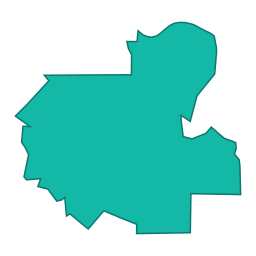 Severiano de Almeida, Rio Grande do Sul, Brazil (Albers equal-area conic projection)
{"feature_id": "56859067B97276934457423", "entity_name": "Severiano de Almeida", "entity_type": "district", "adm_level": 2, "iso_a3": "BRA", "parent_name": "Brazil", "parent_adm1": "Rio Grande do Sul", "projection": "albers", "projection_center": [-52.105, -27.41], "detail": "fine", "context": "isolated", "style": "filled", "palette": "teal", "viewbox_px": 256, "rotation_deg": 0, "n_neighbors": 0, "source": "geoboundaries", "source_scale": "gbopen_adm2", "svg_char_len": 920}
<svg xmlns="http://www.w3.org/2000/svg" viewBox="0 0 256 256"><path d="M138.0,30.7L137.1,41.6L126.9,41.5L128.5,48.8L131.6,54.6L131.4,74.8L81.9,75.0L44.3,75.3L48.9,80.7L26.9,104.6L15.4,116.1L30.0,126.6L23.0,126.2L21.6,142.2L25.3,147.7L28.6,154.7L24.0,176.8L26.5,179.8L40.7,178.7L37.9,186.5L47.9,189.1L56.8,201.1L61.5,200.0L64.8,197.5L66.5,216.0L70.0,213.9L88.2,229.0L103.8,210.8L121.7,218.3L136.7,224.3L136.6,233.6L190.3,232.7L190.9,193.7L231.3,194.4L240.6,194.6L239.9,165.9L239.2,159.8L234.5,154.0L236.2,148.7L235.7,142.6L224.1,138.2L211.2,127.1L206.0,133.3L192.2,138.9L183.2,136.6L181.1,120.1L181.1,115.4L190.2,121.4L197.0,95.8L214.7,74.0L216.5,52.5L216.4,47.4L214.1,35.8L210.0,33.0L205.9,31.1L200.7,28.5L196.6,26.1L192.9,24.4L188.7,23.3L185.0,22.5L179.9,22.4L174.1,23.3L169.4,25.8L164.2,30.0L160.8,33.0L156.6,36.0L151.4,37.2L147.1,36.5L142.8,34.7L138.0,30.7Z" fill="#14b8a6" stroke="#0f766e" stroke-width="1.5"/></svg>